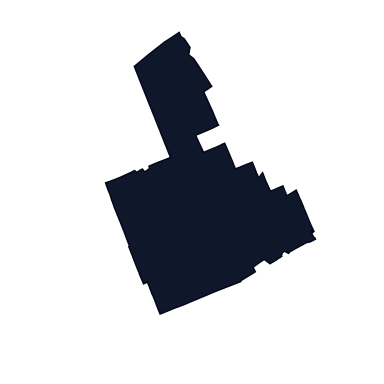 LEU, Dolj, Romania (Albers equal-area conic projection), rotated 220°
{"feature_id": "2599482B68643233810442", "entity_name": "LEU", "entity_type": "district", "adm_level": 2, "iso_a3": "ROU", "parent_name": "Romania", "parent_adm1": "Dolj", "projection": "albers", "projection_center": [24.031, 44.193], "detail": "fine", "context": "isolated", "style": "filled", "palette": "ink", "viewbox_px": 384, "rotation_deg": 220, "n_neighbors": 0, "source": "geoboundaries", "source_scale": "gbopen_adm2", "svg_char_len": 5796}
<svg xmlns="http://www.w3.org/2000/svg" viewBox="0 0 384 384"><g transform="rotate(220 192 192)"><path d="M304.4,306.0L304.6,305.4L305.1,303.4L305.6,301.8L307.2,296.5L308.5,292.1L309.1,290.2L309.3,289.8L312.2,276.0L313.7,268.7L315.8,257.1L316.0,256.1L316.8,251.6L316.9,251.1L315.1,250.2L312.8,248.9L309.4,247.1L303.8,244.0L293.5,238.5L287.4,235.2L285.4,234.1L280.4,231.4L276.5,229.4L274.2,228.1L272.4,227.2L271.5,226.7L269.8,225.8L267.9,224.8L267.1,224.3L266.0,223.7L261.5,221.3L259.9,220.4L258.8,219.8L257.9,219.4L255.9,218.3L254.3,217.4L253.4,216.9L252.5,216.4L249.1,214.6L245.6,212.7L243.4,211.5L239.1,209.2L236.7,207.9L235.5,207.2L234.3,206.6L233.5,206.2L232.2,205.5L231.4,205.0L230.6,204.6L232.1,201.9L233.5,199.3L234.1,198.2L235.5,195.7L236.1,194.6L237.2,192.7L237.8,191.5L238.3,190.4L238.7,189.8L239.1,189.0L239.9,187.4L240.4,186.4L240.7,185.8L241.2,185.0L241.3,184.6L241.4,184.3L241.5,184.0L241.0,183.7L239.4,183.0L239.6,182.5L240.0,181.3L240.3,180.1L240.9,177.7L241.1,177.1L241.3,177.0L241.5,177.0L242.2,177.2L243.7,177.5L244.8,177.7L245.0,177.1L245.2,176.6L245.6,176.0L245.8,175.3L246.2,173.9L246.4,173.1L246.6,172.7L246.7,172.2L247.1,171.2L247.3,171.3L247.6,171.4L247.9,171.5L248.1,171.6L248.3,171.6L248.5,171.6L248.9,171.6L249.1,171.6L249.6,171.5L249.8,171.5L250.9,168.7L256.2,157.5L259.4,151.5L262.2,146.6L264.1,143.5L260.2,141.1L256.6,139.1L252.9,137.2L247.7,133.8L247.0,133.5L246.1,133.0L245.2,132.4L244.5,132.0L243.0,131.2L242.5,130.9L242.2,130.6L241.4,130.1L240.1,129.5L239.0,128.9L235.8,127.2L234.3,126.3L233.1,125.8L229.1,123.6L227.4,122.8L226.6,122.3L225.1,121.5L224.4,121.1L223.8,120.8L222.9,120.3L222.0,119.8L219.2,118.3L214.6,115.7L211.5,113.9L207.7,111.8L205.4,110.6L204.8,110.3L205.3,109.5L201.2,107.3L196.3,104.6L194.4,103.5L182.3,96.9L182.2,96.9L181.8,96.8L181.0,96.4L180.5,96.8L179.8,96.6L179.7,96.3L180.0,95.7L179.0,95.1L177.9,94.5L176.5,93.8L174.9,93.0L173.2,92.1L171.7,91.4L171.0,91.0L170.1,90.5L169.0,92.8L168.2,94.3L166.5,93.4L165.0,92.7L163.4,91.8L162.0,90.9L161.0,90.4L159.8,89.8L157.8,88.6L157.0,88.1L155.9,87.7L155.0,87.3L153.5,86.5L152.4,85.9L150.8,85.1L149.9,84.6L148.8,83.9L147.9,83.4L145.4,82.0L143.0,80.7L142.0,80.1L138.0,78.0L134.7,84.2L131.5,90.4L126.0,100.1L124.8,102.3L122.7,106.6L120.7,110.4L119.0,113.7L115.2,121.0L111.4,128.5L107.2,136.3L97.1,154.7L97.7,155.2L92.2,171.6L94.1,172.4L96.9,173.6L94.8,181.9L93.3,186.8L86.1,187.2L85.9,187.9L85.8,188.2L85.5,189.3L85.2,189.8L85.0,190.5L84.2,192.9L83.9,193.5L83.7,194.5L83.4,195.1L83.4,195.6L83.2,196.4L82.6,198.1L82.2,199.2L81.9,200.4L82.0,200.5L82.4,200.7L82.8,201.0L83.1,201.4L83.1,202.0L83.2,202.5L83.7,203.0L83.3,206.1L83.0,206.1L81.6,206.4L78.6,207.0L78.5,208.1L78.8,209.2L78.7,209.7L78.6,210.1L78.4,210.3L78.1,210.4L77.7,211.3L77.4,212.1L77.0,213.5L76.5,214.9L75.9,216.4L75.0,218.6L74.5,220.0L73.8,221.6L73.5,222.4L73.2,223.0L72.4,225.4L72.1,226.2L71.9,226.6L69.3,230.0L68.1,232.8L67.1,235.2L68.0,235.7L68.3,235.7L68.7,235.7L69.0,235.6L69.3,235.6L69.7,235.7L70.0,235.8L70.6,236.0L71.5,236.3L72.1,236.5L72.6,236.7L73.0,236.9L73.6,237.3L74.1,237.5L75.0,238.1L75.5,238.7L75.6,238.8L75.4,239.4L75.3,239.6L75.0,239.3L74.6,238.9L74.4,238.7L73.8,238.8L73.5,238.6L73.4,239.1L73.2,240.3L73.3,240.4L73.8,240.4L74.1,240.5L74.5,240.5L75.1,241.1L77.0,241.9L78.3,242.5L79.7,243.2L84.1,245.4L85.4,246.1L87.1,247.0L91.1,249.1L92.6,249.9L93.2,250.1L93.5,250.2L93.9,250.4L93.9,250.5L94.1,250.5L94.4,250.6L94.5,250.8L94.8,250.9L95.4,251.3L96.5,251.9L97.5,252.5L98.9,253.2L99.6,253.6L100.1,253.9L100.7,254.1L101.3,254.3L101.7,254.6L102.5,255.1L103.8,255.7L104.8,256.1L106.5,256.9L108.6,258.1L109.6,258.5L111.0,259.2L112.4,259.9L113.4,260.4L114.0,258.5L115.2,254.9L116.5,251.3L116.9,250.1L117.4,250.3L118.8,251.0L122.0,252.8L126.3,255.1L126.8,254.1L128.1,251.5L129.1,249.5L129.3,249.0L129.5,248.6L130.0,247.6L130.5,246.5L130.7,246.2L131.5,244.8L132.1,243.6L132.2,243.4L132.3,242.9L133.4,243.6L133.7,243.7L134.5,244.0L134.9,244.3L135.7,244.6L136.2,244.8L136.5,245.0L137.0,245.2L137.5,245.4L137.8,245.6L138.0,245.7L138.9,246.1L139.2,246.3L139.5,246.4L139.9,246.6L140.3,246.8L140.8,247.0L141.5,247.3L142.6,247.9L142.8,248.0L143.0,248.1L143.7,248.4L143.9,248.6L144.4,248.9L145.0,249.2L145.3,249.4L145.6,249.5L145.8,249.6L146.2,249.9L146.4,250.0L146.7,250.2L147.0,250.3L147.4,250.5L147.7,250.7L148.2,251.0L148.8,251.3L149.1,251.4L149.4,251.7L150.0,251.9L150.3,252.1L150.3,251.2L150.3,250.4L150.2,248.7L150.1,248.2L150.1,247.9L149.9,247.5L149.7,247.1L149.4,246.7L149.6,246.5L149.8,246.4L150.0,246.3L150.2,246.1L150.3,246.1L150.5,246.0L150.8,246.1L151.0,246.2L151.2,246.3L151.4,246.3L151.6,246.4L151.8,246.5L152.0,246.7L152.3,246.8L152.5,247.0L152.8,247.2L152.9,247.3L153.3,247.4L153.5,247.4L155.0,248.2L157.9,249.8L160.6,251.3L165.0,253.6L166.1,251.5L167.2,249.5L168.4,247.3L169.4,245.4L171.1,242.1L172.5,239.6L173.2,238.4L173.5,237.5L180.7,241.4L193.0,247.7L196.6,249.5L198.3,250.3L198.8,249.4L199.3,248.5L199.8,247.4L199.8,247.1L200.7,245.2L202.4,241.6L206.2,234.5L207.6,231.7L208.2,230.5L208.6,229.8L210.8,230.8L215.8,233.1L220.1,235.1L221.5,235.8L225.8,237.7L225.3,238.6L223.4,242.2L219.8,249.2L218.6,251.6L216.9,255.2L215.5,258.5L215.1,259.3L214.7,260.2L214.8,260.2L216.8,261.1L221.0,263.3L224.6,265.1L226.0,265.9L227.7,266.8L233.6,269.6L237.6,271.5L239.4,272.4L241.2,273.2L242.3,273.8L243.5,274.3L244.7,274.9L246.5,275.8L247.4,276.3L247.0,277.7L246.6,279.3L246.0,281.2L245.8,281.8L245.4,283.6L244.8,285.6L245.8,285.9L250.3,287.3L251.6,287.7L253.2,288.2L255.7,289.0L262.5,291.1L270.5,293.5L275.3,294.9L276.4,295.2L282.5,295.0L282.8,295.0L283.7,296.7L285.2,299.2L286.1,300.7L286.4,301.4L289.1,302.2L292.2,303.1L293.4,303.5L296.6,304.4L298.4,304.1L300.0,304.0L300.4,303.9L300.7,303.9L300.9,304.0L301.5,304.5L302.2,304.9L303.0,305.2L303.7,305.6L304.4,306.0Z" fill="#0f172a" stroke="#020617" stroke-width="1.5"/></g></svg>